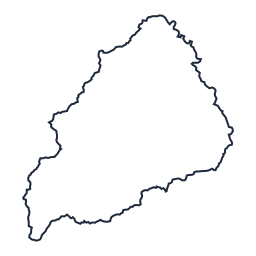 the district of Palestina de Goiás, Goiás, Brazil
{"feature_id": "56859067B75882266623485", "entity_name": "Palestina de Goiás", "entity_type": "district", "adm_level": 2, "iso_a3": "BRA", "parent_name": "Brazil", "parent_adm1": "Goiás", "projection": "albers", "projection_center": [-51.453, -16.696], "detail": "fine", "context": "isolated", "style": "outline", "palette": "slate", "viewbox_px": 256, "rotation_deg": 0, "n_neighbors": 0, "source": "geoboundaries", "source_scale": "gbopen_adm2", "svg_char_len": 4603}
<svg xmlns="http://www.w3.org/2000/svg" viewBox="0 0 256 256"><path d="M68.2,108.4L67.0,111.0L64.3,111.5L62.1,111.8L60.7,113.0L58.4,112.4L56.4,113.8L53.9,114.5L53.6,116.7L53.1,119.4L51.9,121.1L50.2,121.6L49.0,122.4L50.6,123.6L51.4,124.9L51.0,126.6L51.9,127.7L53.3,128.9L54.8,129.9L56.3,130.8L56.6,133.0L57.0,135.0L56.9,136.6L57.1,138.2L56.3,139.7L56.8,141.9L59.0,144.4L60.5,145.9L60.0,148.2L61.1,149.0L59.5,150.3L58.7,151.7L57.3,154.0L56.1,155.1L54.6,156.9L52.6,157.0L50.9,157.1L49.2,157.8L47.5,157.9L45.8,157.4L42.6,158.4L40.4,158.2L39.6,160.1L39.1,161.8L39.7,163.7L38.6,165.3L38.0,166.6L37.0,167.9L36.2,169.1L34.5,170.0L33.0,171.9L31.2,173.0L30.8,174.4L29.0,175.8L28.2,178.3L28.4,180.5L30.1,181.9L30.6,184.1L30.0,186.2L30.2,188.9L28.5,189.7L26.7,189.7L26.8,191.5L26.6,193.3L25.2,194.9L24.5,196.3L23.2,197.6L23.7,199.2L25.8,199.6L26.1,201.5L25.6,204.0L26.8,206.3L28.6,207.8L28.6,209.4L29.2,210.6L29.4,213.0L29.0,215.0L28.1,217.3L28.3,219.7L28.7,221.4L28.8,224.1L28.7,226.0L31.8,227.6L31.3,229.0L31.1,231.9L30.9,233.3L29.5,235.1L29.2,237.1L30.7,238.7L32.4,239.7L33.9,239.8L35.3,240.3L36.7,240.6L38.3,240.1L40.1,239.4L41.0,237.9L41.5,236.1L42.3,234.5L43.9,232.9L45.5,231.4L46.6,228.9L47.5,227.6L49.0,225.8L50.0,224.0L50.8,221.8L52.7,220.7L55.2,220.5L57.2,219.4L58.8,219.3L59.8,218.2L61.4,216.3L64.6,216.3L65.7,215.5L67.0,214.6L69.0,216.3L70.3,217.8L71.5,218.2L72.7,217.2L74.4,218.8L74.8,220.3L75.7,221.9L78.4,223.0L80.3,223.8L81.4,222.5L83.7,222.6L84.2,221.0L86.4,222.6L88.4,222.0L89.8,223.5L91.7,222.7L93.2,222.5L95.2,222.7L96.6,221.6L98.3,221.1L100.6,219.8L102.2,221.0L104.9,221.6L107.2,221.8L110.2,221.1L110.7,218.8L111.5,217.1L112.9,216.0L114.9,215.1L116.7,214.4L118.2,214.4L119.6,214.6L121.3,213.2L122.7,212.6L123.1,210.2L125.0,209.7L127.8,209.5L129.4,208.3L130.6,206.8L132.8,206.8L134.0,205.4L135.9,205.0L139.0,205.3L140.7,204.3L140.2,201.8L140.3,199.9L141.1,198.7L142.0,196.8L142.1,195.0L141.4,193.8L141.6,192.2L142.8,191.1L145.2,190.1L147.5,190.4L149.9,188.6L151.5,188.2L153.6,187.2L155.9,187.9L156.6,186.5L158.1,187.2L160.1,187.5L161.4,188.9L163.5,188.2L165.2,190.1L165.7,191.5L166.8,190.8L166.8,189.1L167.8,186.8L168.4,185.0L168.7,183.6L170.3,183.2L171.8,182.2L172.6,179.6L175.9,178.9L177.6,178.5L180.1,178.9L181.6,180.1L183.7,180.4L185.1,180.1L186.1,178.4L186.7,175.7L188.0,175.1L191.9,174.8L193.6,174.2L194.3,172.1L196.7,171.4L199.0,171.5L201.9,171.1L204.0,171.0L206.2,170.9L208.6,170.4L210.7,169.4L212.3,168.7L214.1,170.1L215.6,170.1L216.3,168.1L217.6,166.9L218.8,165.1L218.9,163.6L220.5,162.4L221.5,159.8L222.2,157.7L223.5,155.8L223.2,154.1L224.5,153.6L224.9,152.3L225.0,150.9L225.4,149.0L227.1,147.9L227.9,146.4L229.2,145.3L231.8,144.7L232.1,143.0L231.6,141.6L230.4,139.7L229.7,137.8L228.8,134.6L230.7,134.3L232.0,132.6L232.8,131.4L232.7,129.3L231.7,127.5L228.9,127.0L227.7,123.2L226.6,120.4L226.1,118.8L225.7,117.5L223.3,114.4L222.2,113.1L222.5,111.1L221.2,110.7L219.2,108.2L218.0,105.9L216.3,105.1L213.9,104.1L215.1,102.3L216.5,98.7L215.3,96.2L214.7,94.6L215.0,93.1L215.5,91.5L215.4,89.8L213.8,88.2L212.1,87.5L209.4,88.2L207.1,86.5L204.9,84.4L204.5,82.2L202.5,81.6L201.2,80.9L200.7,79.0L199.7,77.4L199.2,75.9L199.5,74.2L199.7,72.7L198.5,71.8L196.0,70.0L196.3,67.7L194.5,65.8L193.0,65.2L191.8,63.8L192.9,62.8L196.2,62.7L197.8,62.8L200.2,61.2L200.8,59.1L198.9,59.0L197.0,58.4L196.1,56.6L196.4,54.8L195.8,52.4L194.0,49.5L193.5,47.4L191.6,46.5L190.5,44.9L191.4,43.8L191.9,41.7L189.9,40.9L189.1,42.9L187.6,43.5L185.9,42.5L184.6,41.0L183.2,38.6L184.3,36.3L181.1,35.1L180.5,37.3L177.6,36.6L178.7,34.7L179.0,32.9L178.6,31.4L177.1,30.3L175.5,29.5L173.7,29.0L173.7,26.8L175.1,24.9L175.5,22.8L174.3,21.4L172.8,21.2L171.6,22.2L169.7,24.3L167.9,22.2L166.6,20.1L165.8,18.7L164.4,17.0L162.5,15.8L159.7,15.4L157.5,16.1L156.1,16.3L153.9,16.1L151.4,16.5L150.2,17.3L148.7,17.0L147.2,18.5L146.5,20.8L144.5,20.6L142.7,20.3L142.3,22.9L140.9,24.0L139.4,24.6L138.5,27.3L140.5,28.6L139.5,29.5L138.4,30.8L136.2,32.6L135.1,34.5L132.6,35.6L131.3,37.3L130.2,38.6L130.6,40.1L129.2,41.4L128.1,43.1L126.4,43.1L125.8,44.6L123.9,45.4L122.0,46.7L119.9,46.5L117.6,46.8L115.9,47.1L113.8,49.6L112.0,50.5L110.1,51.5L108.6,52.3L106.9,52.8L104.9,52.8L103.3,52.5L103.1,51.1L101.7,50.5L99.3,51.4L98.7,53.2L98.5,56.0L99.4,57.9L100.4,59.8L99.7,61.9L99.0,63.2L100.5,65.4L100.0,67.4L99.0,69.8L98.8,71.7L97.0,72.4L94.8,73.0L93.4,75.6L92.3,76.9L91.4,78.1L91.6,79.4L90.4,80.4L88.7,81.6L86.7,82.6L85.4,82.7L84.4,83.9L84.0,85.8L82.9,86.9L83.2,88.3L83.9,90.2L83.5,92.1L81.8,92.4L80.5,93.6L78.3,95.1L78.4,97.1L77.2,98.2L77.8,102.0L75.7,102.5L74.3,103.7L71.8,104.1L69.7,106.0L68.2,108.4Z" fill="none" stroke="#1e293b" stroke-width="2"/></svg>